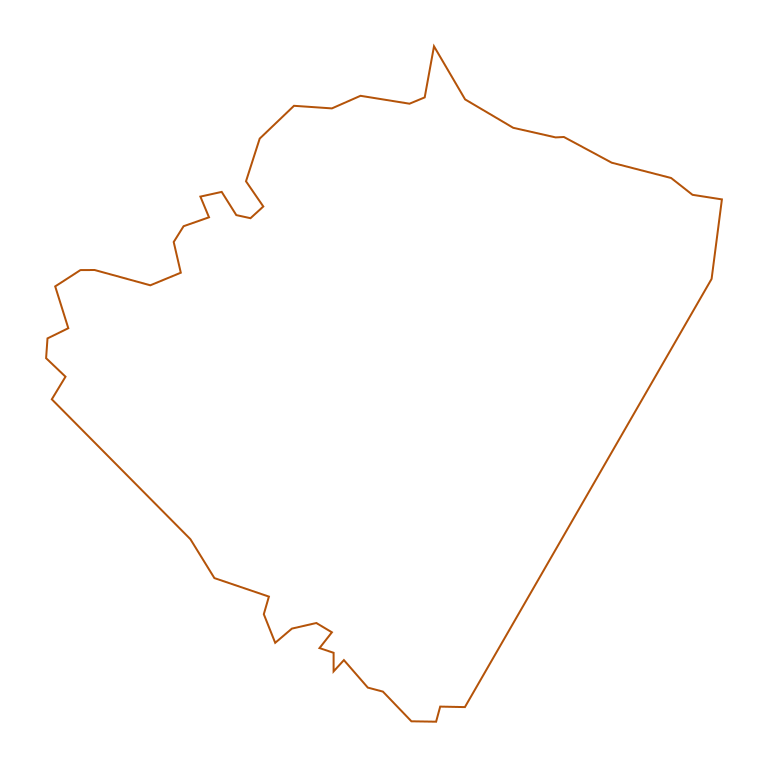 the district of Buckingham, Virginia, United States of America
{"feature_id": "52423323B13800680110196", "entity_name": "Buckingham", "entity_type": "district", "adm_level": 2, "iso_a3": "USA", "parent_name": "United States of America", "parent_adm1": "Virginia", "projection": "orthographic", "projection_center": [-78.594, 37.563], "detail": "fine", "context": "isolated", "style": "outline", "palette": "amber", "viewbox_px": 768, "rotation_deg": 0, "n_neighbors": 0, "source": "geoboundaries", "source_scale": "gbopen_adm2", "svg_char_len": 763}
<svg xmlns="http://www.w3.org/2000/svg" viewBox="0 0 768 768"><path d="M259.7,138.6L246.0,181.3L263.3,206.5L250.5,218.2L236.3,215.1L221.7,191.9L200.4,196.6L209.0,217.3L183.6,226.2L173.7,242.0L180.8,272.7L150.3,285.3L94.6,270.0L80.4,270.1L55.2,286.4L68.3,328.2L47.5,338.4L46.1,358.2L65.5,376.7L51.8,399.3L190.4,539.2L214.4,578.1L268.9,596.6L263.8,614.2L275.2,642.8L291.9,628.6L316.3,623.0L331.9,632.3L319.5,648.1L333.6,652.8L333.6,671.4L343.9,660.1L367.8,687.6L382.9,691.6L411.4,721.3L436.1,721.7L440.2,706.6L464.9,707.1L711.6,278.9L721.9,199.4L692.5,194.8L671.1,178.0L611.7,162.7L563.9,137.0L555.6,137.4L513.2,127.8L465.1,99.4L434.0,46.3L424.7,97.4L409.5,103.7L360.5,95.8L331.9,108.4L294.0,105.8L259.7,138.6Z" fill="none" stroke="#b45309" stroke-width="2"/></svg>